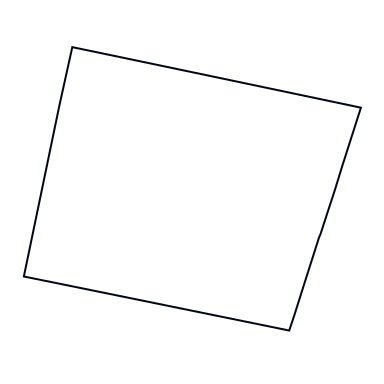 outline of Lauderdale, Mississippi, United States of America, rotated 12°
{"feature_id": "52423323B32649044831734", "entity_name": "Lauderdale", "entity_type": "district", "adm_level": 2, "iso_a3": "USA", "parent_name": "United States of America", "parent_adm1": "Mississippi", "projection": "mercator", "projection_center": [-88.559, 32.401], "detail": "fine", "context": "isolated", "style": "outline", "palette": "ink", "viewbox_px": 384, "rotation_deg": 12, "n_neighbors": 0, "source": "geoboundaries", "source_scale": "gbopen_adm2", "svg_char_len": 350}
<svg xmlns="http://www.w3.org/2000/svg" viewBox="0 0 384 384"><g transform="rotate(12 192 192)"><path d="M45.1,309.6L208.1,308.2L315.9,307.3L317.6,292.4L321.4,253.5L325.7,210.2L326.5,206.2L327.8,193.4L331.4,159.8L331.4,159.7L333.5,136.1L339.7,74.4L160.5,74.8L44.8,75.2L44.3,135.4L45.1,309.6Z" fill="none" stroke="#020617" stroke-width="2"/></g></svg>